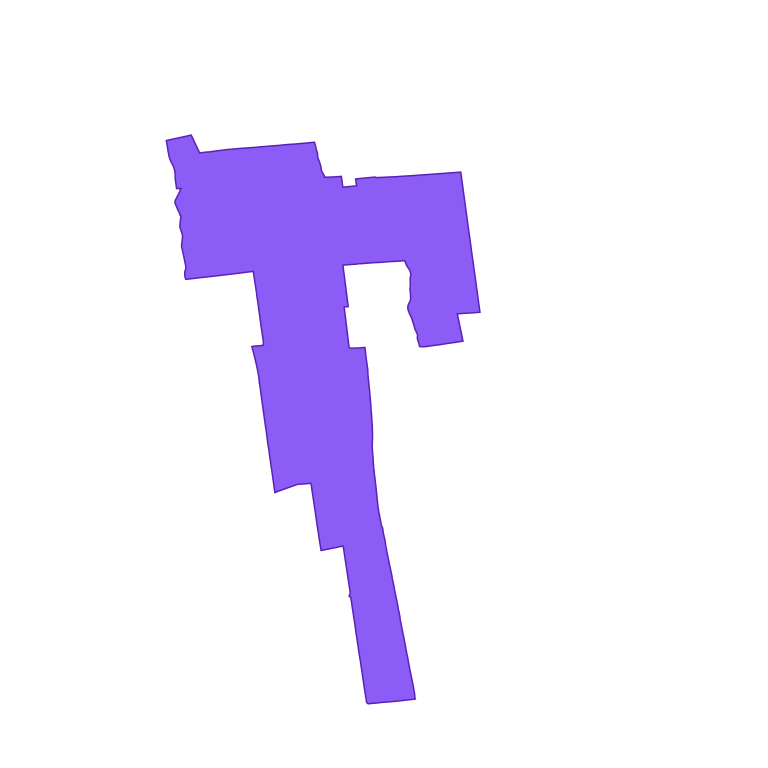 Gradinile, Olt, Romania (Robinson projection), rotated 69°
{"feature_id": "2599482B70772159290730", "entity_name": "Gradinile", "entity_type": "district", "adm_level": 2, "iso_a3": "ROU", "parent_name": "Romania", "parent_adm1": "Olt", "projection": "robinson", "projection_center": [24.386, 43.959], "detail": "fine", "context": "isolated", "style": "filled", "palette": "violet", "viewbox_px": 768, "rotation_deg": 69, "n_neighbors": 0, "source": "geoboundaries", "source_scale": "gbopen_adm2", "svg_char_len": 6160}
<svg xmlns="http://www.w3.org/2000/svg" viewBox="0 0 768 768"><g transform="rotate(69 384 384)"><path d="M689.3,467.7L688.6,467.7L687.5,467.4L686.3,467.2L685.6,466.8L684.9,466.6L682.3,466.1L680.6,465.8L677.4,465.1L675.4,464.8L671.1,464.0L669.2,463.7L665.3,463.1L663.1,462.7L659.5,462.1L654.2,461.2L647.4,459.8L646.4,459.8L644.3,459.4L639.4,458.5L638.0,458.3L636.6,457.9L633.1,457.3L630.1,456.8L626.0,456.0L624.5,455.9L622.1,455.4L620.3,455.1L619.3,455.0L618.3,454.7L615.7,454.3L614.1,453.9L609.9,453.4L608.5,453.0L607.3,452.6L604.5,452.1L602.9,451.8L601.7,451.6L599.2,451.4L596.4,450.6L593.4,450.1L592.6,450.0L591.1,449.7L586.9,449.1L584.8,448.7L579.4,447.8L576.6,447.2L569.4,446.1L564.5,445.1L561.1,444.6L559.0,444.2L556.5,443.9L553.9,443.5L551.2,443.0L542.4,441.6L540.7,441.3L538.1,440.7L535.8,440.4L534.7,440.2L533.9,439.9L530.2,439.1L528.9,438.8L527.2,438.7L526.4,438.5L525.1,438.4L522.3,437.9L518.4,437.0L517.4,436.9L516.8,436.9L515.5,437.1L515.0,437.1L513.2,436.8L511.9,436.4L510.2,436.2L505.4,435.3L503.6,435.0L501.8,434.8L499.8,434.3L493.4,432.8L491.2,432.2L483.8,430.2L479.5,429.0L476.0,428.1L473.3,427.4L471.6,427.0L469.8,426.5L467.2,425.8L466.8,425.8L466.0,425.6L465.1,425.3L464.4,425.2L463.6,425.0L463.1,424.8L462.0,424.4L460.6,424.1L458.5,423.7L457.6,423.3L453.3,422.1L451.2,421.3L443.0,418.9L439.2,417.8L437.8,417.2L435.2,416.2L431.1,414.4L430.3,414.0L428.2,413.3L427.0,412.8L426.3,412.6L425.3,412.2L423.8,411.7L422.7,411.3L420.3,410.4L417.1,409.4L415.9,409.1L414.3,408.6L411.3,407.6L406.5,406.1L403.6,405.3L402.7,405.1L398.5,403.7L395.9,403.0L390.2,401.3L388.5,400.9L386.2,400.1L384.3,399.7L382.3,399.1L370.4,395.9L367.6,395.0L366.3,394.5L364.0,393.8L356.9,392.2L355.3,391.8L349.7,390.4L344.3,389.0L343.0,388.8L342.4,390.8L341.5,394.0L339.9,398.8L339.5,399.5L339.3,400.3L339.0,401.3L338.6,402.1L337.5,403.5L297.8,393.6L298.1,392.4L299.0,389.7L277.4,384.4L258.4,379.8L259.0,377.4L262.0,367.4L262.4,365.8L263.0,363.4L263.8,361.3L264.3,359.5L264.8,357.5L265.5,355.4L267.3,349.3L268.7,345.2L269.5,342.8L271.4,336.1L274.9,325.2L276.1,320.7L276.8,320.6L278.0,320.5L281.6,320.4L282.5,320.2L285.4,319.6L287.2,319.2L288.9,319.3L291.2,319.7L291.7,319.9L292.6,320.4L293.4,321.0L294.3,321.5L295.6,322.0L296.7,322.4L297.7,322.8L299.5,323.4L301.4,324.2L302.2,324.5L304.7,325.8L310.3,327.3L313.0,328.2L314.5,328.9L315.6,329.6L316.4,330.4L317.2,331.4L318.1,332.3L319.0,333.2L320.4,334.1L321.7,334.6L323.1,334.9L324.3,335.0L325.3,334.9L326.7,335.0L327.9,335.0L329.2,334.8L330.9,334.7L333.4,334.6L339.2,335.0L341.2,335.1L344.1,335.5L345.5,335.3L345.9,335.2L346.9,335.2L347.5,335.4L348.9,335.0L349.8,335.0L350.8,335.4L352.0,336.0L353.6,336.6L356.7,336.9L358.3,336.8L359.8,337.1L361.8,337.3L363.4,333.9L363.8,332.6L364.5,329.7L365.7,324.4L367.1,318.7L368.1,313.9L368.7,311.1L369.4,307.9L370.1,305.1L371.5,298.8L371.5,298.0L371.7,297.3L372.3,294.9L344.7,290.4L345.3,288.7L346.8,283.7L347.9,280.3L349.2,276.1L350.1,273.2L351.1,269.8L351.4,268.7L314.4,260.0L292.3,254.9L279.9,251.9L269.6,249.6L245.6,243.9L213.7,236.4L202.6,273.1L198.8,285.6L197.0,291.2L194.5,299.3L193.6,302.0L191.6,308.1L189.7,313.8L188.6,317.1L187.6,318.2L185.9,324.2L182.4,337.0L189.2,338.6L185.5,351.9L174.9,349.4L172.6,357.0L169.7,365.3L168.7,365.1L166.5,365.3L164.0,365.8L162.1,365.9L160.7,365.5L158.4,365.0L155.1,364.7L151.8,364.6L149.1,364.7L148.2,364.5L145.2,363.5L144.1,363.3L142.6,363.3L141.4,363.1L139.9,363.1L137.9,362.7L133.4,362.2L133.0,363.6L132.7,364.7L131.4,369.4L129.9,374.6L128.1,381.1L126.7,385.4L125.2,390.5L123.6,396.5L121.9,402.2L121.1,404.7L120.0,408.7L118.3,414.3L117.3,418.2L114.9,426.1L112.6,433.5L110.0,442.7L109.0,445.9L107.6,451.9L106.9,454.5L104.5,464.7L103.6,467.5L103.0,470.0L102.3,473.3L82.5,474.8L81.1,484.4L79.5,494.4L78.7,500.0L82.5,500.7L87.2,501.7L88.9,502.1L92.9,502.8L95.1,503.2L98.0,503.3L100.6,503.2L101.7,503.1L103.4,502.8L104.8,502.7L107.6,502.7L108.7,502.8L109.8,503.0L112.8,503.6L116.1,504.9L118.8,505.7L123.0,506.6L124.1,506.9L127.2,507.6L128.8,503.5L130.0,504.8L131.3,505.9L133.3,508.0L135.8,510.9L136.9,512.0L137.5,512.8L138.3,513.5L138.9,513.9L139.8,514.1L141.1,514.3L143.1,514.2L145.0,514.1L147.5,514.1L149.2,513.9L150.7,513.8L151.6,513.7L152.4,513.9L153.4,513.9L154.1,513.4L154.8,513.5L156.1,514.3L157.3,514.9L161.5,517.1L163.3,518.0L163.9,518.2L165.1,518.4L165.9,518.5L168.3,518.5L172.3,518.7L173.7,519.1L175.7,520.0L177.8,521.0L178.7,521.5L179.9,522.2L181.0,522.8L182.0,523.3L183.5,523.8L186.4,524.2L187.7,524.4L190.4,524.8L193.5,525.3L195.4,525.6L202.7,526.8L203.9,527.1L204.9,527.5L206.0,528.2L206.9,529.0L207.5,529.6L208.5,530.1L211.7,531.2L213.6,531.5L215.2,531.6L216.5,527.0L218.3,519.7L220.4,511.6L223.2,500.9L228.5,480.0L232.0,465.7L234.5,466.2L238.8,467.2L242.1,467.9L253.1,470.3L255.5,471.0L259.5,471.9L260.7,472.1L268.1,473.8L269.2,474.2L271.8,474.7L273.7,475.1L275.8,475.6L277.5,476.0L278.9,476.4L284.2,477.6L285.1,477.9L285.7,478.1L286.7,478.2L290.4,479.0L292.6,479.5L299.3,481.0L302.2,481.7L303.2,482.3L304.0,482.7L304.6,482.7L304.2,483.4L304.2,484.3L303.9,485.8L303.3,487.5L302.7,490.0L302.0,491.6L301.7,494.0L306.4,494.4L316.0,495.6L320.1,496.2L323.9,496.8L327.4,497.4L332.6,498.4L334.3,498.9L336.8,499.4L337.2,499.7L337.8,499.9L339.1,500.1L344.6,501.2L346.2,501.7L361.6,505.3L377.9,509.1L389.2,511.6L397.0,513.6L405.1,515.3L410.0,516.5L420.4,518.9L425.1,519.9L446.3,524.8L446.2,520.0L446.3,518.1L446.5,507.8L446.6,505.4L446.6,502.5L446.7,500.8L450.6,487.9L453.2,488.3L456.0,489.0L468.8,491.8L484.7,495.4L496.8,498.1L507.4,500.4L516.9,502.4L518.2,494.9L518.7,491.8L519.4,487.9L520.5,480.4L523.2,480.7L526.2,481.4L543.4,485.2L558.8,488.6L566.8,490.3L567.6,490.9L568.3,491.4L568.7,491.9L569.2,492.4L570.0,492.6L570.4,492.1L571.1,491.4L571.7,491.6L576.0,492.5L579.9,493.4L591.8,496.0L597.8,497.3L606.2,499.3L610.5,500.2L621.3,502.6L626.2,503.7L630.8,504.7L634.9,505.5L640.1,506.7L644.8,507.7L655.5,510.1L657.4,510.6L666.4,512.5L674.8,514.3L675.7,514.1L676.5,513.7L677.1,512.8L677.6,510.7L677.9,509.6L678.7,507.0L678.9,506.1L679.7,503.5L680.6,499.6L680.9,498.7L681.8,495.8L682.2,494.4L682.7,492.8L683.1,491.4L683.6,489.7L685.2,483.8L686.3,479.4L688.5,471.1L689.3,467.7Z" fill="#8b5cf6" stroke="#5b21b6" stroke-width="1.5"/></g></svg>